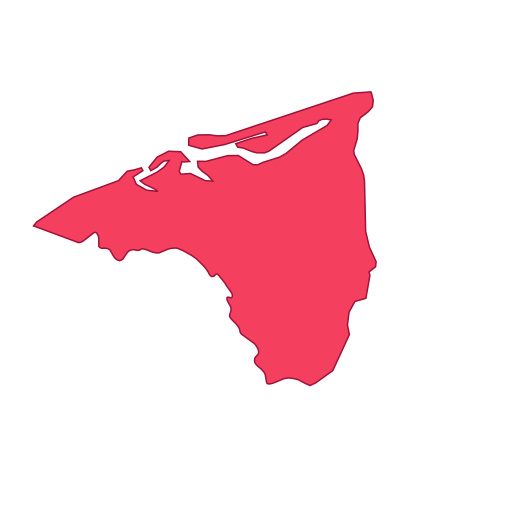 the Department of Usulután, rotated 151°
{"feature_id": "SLV-1354", "entity_name": "Usulután", "entity_type": "Department", "adm_level": 1, "iso_a3": "SLV", "parent_name": "El Salvador", "parent_adm1": "", "projection": "mercator", "projection_center": [-88.42, 13.427], "detail": "fine", "context": "isolated", "style": "filled", "palette": "rose", "viewbox_px": 512, "rotation_deg": 151, "n_neighbors": 0, "source": "natural_earth", "source_scale": "10m", "svg_char_len": 2851}
<svg xmlns="http://www.w3.org/2000/svg" viewBox="0 0 512 512"><g transform="rotate(151 256 256)"><path d="M436.0,390.2L431.2,392.1L387.1,395.9L339.8,388.6L327.5,392.6L320.9,390.4L313.5,388.7L313.5,385.5L325.1,384.7L325.9,376.6L319.7,366.6L310.4,360.0L312.4,364.1L318.5,372.6L320.9,378.0L302.4,377.3L293.3,378.3L285.6,381.6L290.6,383.7L294.6,383.1L299.4,381.7L306.6,381.6L306.6,385.5L294.7,390.4L281.6,390.0L271.3,383.7L268.2,370.8L273.2,373.1L275.2,374.4L282.1,367.2L282.1,364.0L273.4,360.0L263.8,346.4L257.4,342.4L259.1,350.0L262.0,356.2L263.5,361.8L261.2,367.2L253.8,363.0L232.1,357.5L222.8,352.5L214.4,337.4L210.4,335.0L204.5,334.5L187.6,331.1L180.1,331.1L159.4,335.0L130.5,335.7L124.2,338.6L127.6,341.3L131.4,343.3L135.1,343.9L138.5,342.4L152.9,345.8L193.9,341.4L198.5,342.1L205.1,345.7L208.7,349.1L215.0,356.8L219.3,360.0L219.3,364.0L209.8,362.3L202.8,361.0L187.6,356.5L187.6,360.0L229.5,368.7L251.4,375.8L261.2,385.5L257.6,391.7L248.5,390.2L238.3,384.8L231.5,379.8L224.0,375.9L92.0,351.3L76.2,344.0L76.0,343.8L76.0,342.7L78.0,335.3L81.8,330.0L87.9,327.8L97.9,326.3L102.7,322.4L105.8,316.6L110.6,309.5L119.5,300.8L120.8,297.2L121.5,280.9L122.7,274.3L124.9,268.7L148.2,224.3L152.5,208.7L153.7,192.8L156.6,188.6L165.0,187.2L165.7,183.9L180.4,165.7L191.6,168.3L201.9,161.7L209.5,151.3L212.4,142.0L244.5,118.5L265.4,116.1L271.5,116.5L274.6,120.5L278.9,127.2L282.4,130.5L286.8,133.7L290.8,135.1L303.2,136.6L306.4,137.6L308.1,139.0L308.0,140.5L305.6,147.3L305.3,148.8L305.3,150.4L306.3,154.8L307.8,158.5L308.4,160.7L308.7,162.5L308.5,164.0L308.0,165.3L307.3,166.3L306.4,167.3L305.3,167.9L302.5,168.8L301.3,169.4L300.5,170.4L299.9,171.6L299.5,172.9L299.3,174.5L299.4,177.6L299.6,179.1L300.0,180.5L306.1,193.6L306.8,195.6L306.8,196.8L305.7,200.9L305.8,203.1L306.2,205.8L308.2,212.8L308.4,214.8L308.3,215.9L307.6,217.3L304.8,219.9L304.0,220.9L303.3,222.2L302.9,223.5L302.7,225.1L302.8,228.3L302.6,231.6L302.1,232.9L301.4,233.7L300.5,233.7L299.6,233.0L298.9,232.2L298.3,231.7L297.6,231.4L296.7,231.7L295.9,232.7L295.4,234.0L295.3,235.6L295.4,237.1L296.2,244.2L296.3,247.6L298.0,257.2L298.6,258.9L299.3,259.5L300.2,259.5L302.5,258.7L304.6,259.4L305.4,260.7L305.7,262.4L305.6,265.7L305.9,268.8L306.7,272.9L309.4,282.3L312.1,287.9L317.3,296.2L320.9,300.8L321.8,301.5L322.9,302.2L326.7,303.9L329.4,304.6L339.5,305.8L341.8,307.1L344.4,309.3L348.9,314.7L351.0,316.7L352.5,317.7L353.8,317.6L355.3,317.7L356.6,318.2L357.7,318.9L359.6,320.6L360.7,321.3L362.0,321.7L363.4,322.0L364.9,321.9L366.3,321.6L368.9,320.5L373.7,317.9L375.3,317.7L377.5,318.0L379.2,319.8L380.0,321.4L380.5,323.0L380.7,324.5L380.8,332.3L382.0,334.2L383.9,335.8L387.3,337.6L388.5,339.2L388.8,340.7L384.9,347.7L384.4,349.4L384.2,351.1L384.2,353.7L385.2,354.7L386.4,355.0L400.3,352.8L401.9,352.9L403.4,353.2L404.7,353.7L436.0,390.2Z" fill="#f43f5e" stroke="#9f1239" stroke-width="1.5"/></g></svg>